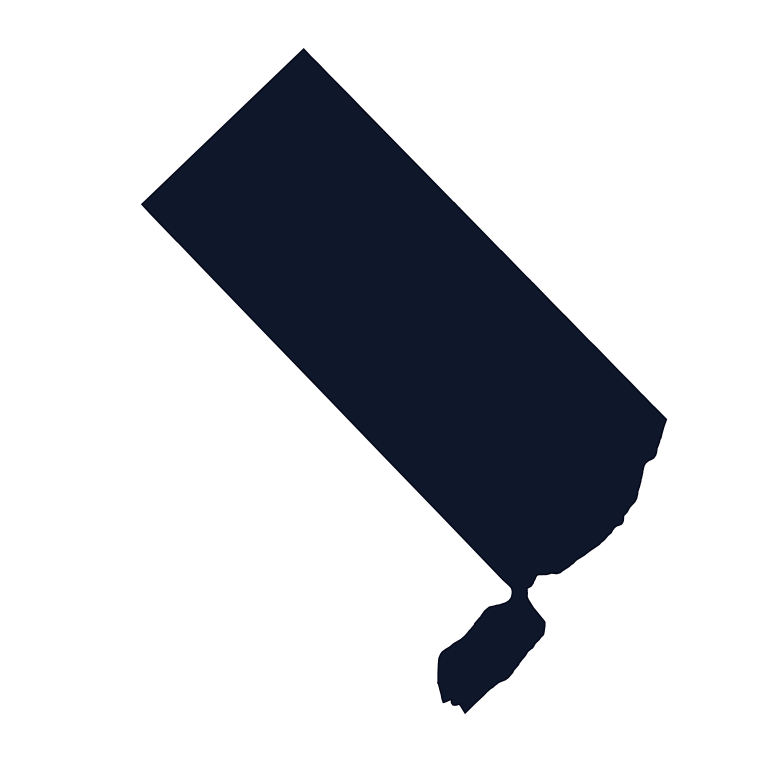 Flores, Petén, Guatemala, rotated 316°
{"feature_id": "79465075B29101343458737", "entity_name": "Flores", "entity_type": "district", "adm_level": 2, "iso_a3": "GTM", "parent_name": "Guatemala", "parent_adm1": "Petén", "projection": "orthographic", "projection_center": [-89.621, 17.359], "detail": "fine", "context": "isolated", "style": "filled", "palette": "ink", "viewbox_px": 768, "rotation_deg": 316, "n_neighbors": 0, "source": "geoboundaries", "source_scale": "gbopen_adm2", "svg_char_len": 2951}
<svg xmlns="http://www.w3.org/2000/svg" viewBox="0 0 768 768"><g transform="rotate(316 384 384)"><path d="M562.5,605.6L562.5,605.0L562.3,588.2L562.1,586.0L562.2,571.9L562.0,570.8L562.1,556.5L561.8,537.8L561.8,504.1L561.4,494.2L561.4,459.8L561.2,458.7L561.2,451.4L561.1,442.3L561.1,414.5L560.8,412.3L561.1,411.4L560.8,405.1L560.8,369.5L560.5,369.0L560.5,346.8L560.3,311.1L560.5,309.9L560.2,309.3L560.4,302.3L560.1,301.5L559.9,260.5L559.3,174.0L559.3,152.4L558.9,122.1L559.0,108.0L558.7,97.9L558.9,87.3L334.7,86.6L334.4,99.3L334.3,136.9L334.5,140.3L334.3,173.7L334.2,260.4L334.2,347.2L334.0,434.0L334.0,520.7L333.7,607.6L334.2,615.1L334.2,618.3L333.9,619.7L332.7,621.9L331.1,623.6L329.3,624.9L327.1,626.3L324.8,626.7L322.9,626.8L319.8,626.2L313.5,623.2L311.0,621.4L309.3,620.6L304.7,617.7L299.0,617.3L292.9,618.4L292.2,618.8L289.8,618.8L282.8,619.5L282.0,620.0L280.6,620.4L278.5,620.4L277.1,620.8L272.8,620.9L272.4,621.2L266.9,621.6L261.8,621.3L253.7,619.3L248.7,619.0L244.2,617.9L240.0,617.3L237.5,617.7L235.6,618.4L233.1,619.5L229.7,622.4L229.1,622.9L224.3,627.5L222.8,628.9L217.0,634.9L216.2,635.8L215.1,636.3L215.1,637.2L214.1,639.3L213.6,640.0L212.9,641.2L212.4,642.1L211.3,644.0L209.7,647.0L207.3,650.5L205.5,654.2L206.7,654.9L208.2,655.5L212.7,657.2L213.1,657.5L213.2,658.0L211.2,660.1L210.7,662.7L211.9,664.2L213.4,665.4L215.7,666.4L215.7,668.4L214.8,672.5L213.8,677.0L227.8,676.8L239.4,677.0L240.4,677.0L243.7,676.8L249.1,677.0L251.6,677.7L253.1,677.6L258.9,678.2L260.5,678.7L265.8,680.9L269.5,681.4L276.1,680.8L278.4,679.9L286.0,679.2L286.7,678.7L291.8,677.9L295.7,677.6L298.7,677.0L301.3,676.2L305.7,676.5L307.2,676.9L310.0,676.4L310.7,676.0L312.8,675.5L318.2,675.5L320.7,675.0L324.0,675.0L324.8,674.8L326.1,674.0L331.4,669.9L333.9,667.4L334.4,666.5L335.9,648.5L337.8,639.7L338.5,637.6L338.8,637.2L339.2,636.2L341.9,633.8L343.1,632.0L343.6,631.9L343.7,631.4L345.0,630.3L349.3,631.5L353.2,630.7L354.0,630.1L358.0,628.8L358.9,628.2L360.8,627.8L362.6,628.2L367.9,633.2L368.9,634.0L369.3,634.1L369.7,634.6L370.7,634.9L372.2,635.9L372.9,635.9L376.6,640.4L378.6,641.3L378.9,641.7L380.4,642.1L382.4,642.2L390.8,643.8L392.2,643.7L395.8,644.3L398.0,644.1L400.6,644.2L410.0,646.3L410.8,646.2L417.0,647.0L427.4,648.8L430.3,648.6L433.9,649.0L439.8,648.4L444.2,648.7L444.6,648.4L446.0,648.1L446.2,647.9L450.0,647.3L452.9,647.6L454.3,648.4L457.4,649.7L458.6,649.6L459.0,649.3L460.5,648.9L461.5,648.2L464.9,645.1L469.8,644.9L474.9,643.3L478.0,643.1L482.4,642.9L486.2,641.7L490.4,638.9L492.0,637.4L493.6,636.7L495.4,635.6L495.9,635.5L500.0,632.9L500.8,632.6L502.2,631.3L504.2,630.2L508.8,627.1L509.5,626.2L510.0,626.1L514.3,623.3L517.3,622.5L521.3,622.8L524.1,623.9L526.8,624.5L530.0,623.8L530.7,623.3L531.7,622.9L533.4,621.7L536.2,619.4L536.5,619.5L541.4,617.2L542.7,616.4L543.7,615.5L545.3,615.3L545.8,614.7L546.3,614.7L549.5,612.6L553.1,610.5L555.7,609.0L558.5,607.6L560.5,606.7L562.5,605.6Z" fill="#0f172a" stroke="#020617" stroke-width="1.5"/></g></svg>